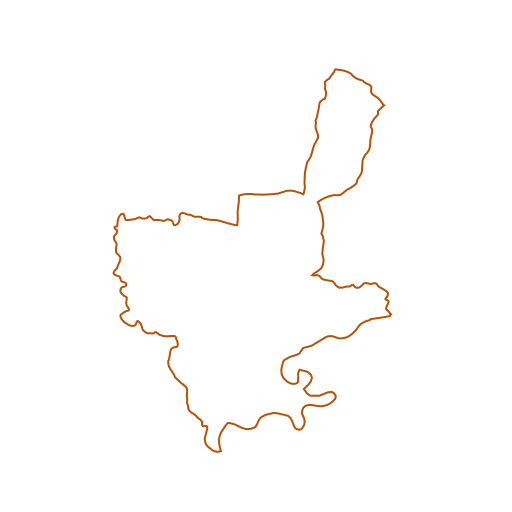 Tsendagang, Daga, Bhutan (Mercator projection), rotated 12°
{"feature_id": "84629894B97971916223830", "entity_name": "Tsendagang", "entity_type": "district", "adm_level": 2, "iso_a3": "BTN", "parent_name": "Bhutan", "parent_adm1": "Daga", "projection": "mercator", "projection_center": [89.946, 26.88], "detail": "fine", "context": "isolated", "style": "outline", "palette": "amber", "viewbox_px": 512, "rotation_deg": 12, "n_neighbors": 0, "source": "geoboundaries", "source_scale": "gbopen_adm2", "svg_char_len": 6119}
<svg xmlns="http://www.w3.org/2000/svg" viewBox="0 0 512 512"><g transform="rotate(12 256 256)"><path d="M400.3,285.2L396.8,282.4L394.6,281.1L394.0,279.8L395.1,274.5L395.2,273.2L394.8,272.4L393.8,272.0L392.3,271.8L391.6,271.3L391.8,269.7L392.7,268.6L393.1,267.6L392.9,265.5L392.6,264.5L391.1,263.5L389.0,262.6L387.1,261.9L383.6,260.9L381.8,260.1L380.4,258.7L379.4,258.1L377.6,257.9L373.7,259.6L370.4,259.5L368.3,259.8L367.1,260.5L365.9,262.7L364.6,264.2L363.3,265.5L361.4,266.1L360.2,266.1L358.8,265.4L357.0,264.0L355.9,264.3L355.0,265.4L353.5,266.5L351.9,266.8L349.7,267.6L347.6,268.8L343.5,269.7L340.0,268.0L338.7,266.6L336.9,265.2L335.9,264.8L332.9,264.8L331.4,265.0L326.1,264.9L324.7,264.2L322.8,262.8L321.7,262.2L319.7,261.9L317.3,263.0L315.0,263.1L316.2,261.2L319.9,257.6L322.4,254.3L323.3,250.4L323.0,245.8L320.4,240.2L319.6,233.3L319.4,227.9L318.8,226.1L317.5,223.3L315.2,220.0L315.5,217.7L315.5,213.5L315.2,210.5L312.2,202.0L310.7,199.4L308.9,196.7L307.7,193.7L305.2,190.5L308.0,187.5L312.2,184.2L316.3,181.7L319.7,180.2L325.9,178.9L331.1,172.4L334.0,170.0L336.9,167.1L338.9,164.5L339.3,162.7L339.3,160.0L341.0,155.9L341.7,153.7L342.0,151.0L340.5,141.1L340.6,138.8L341.8,134.5L343.2,132.1L344.2,129.8L344.7,127.6L344.7,125.1L343.7,117.8L343.8,111.8L343.7,109.5L342.8,107.4L341.6,106.0L341.1,104.7L341.3,103.1L341.7,100.8L343.1,97.1L345.7,92.8L345.8,91.1L345.1,89.3L345.3,88.5L350.0,82.0L349.0,81.7L346.6,79.2L342.4,76.1L337.2,74.1L335.5,73.0L334.3,71.3L333.7,66.7L332.9,65.8L330.8,64.8L328.2,64.4L325.7,63.5L324.3,62.4L317.5,61.6L313.1,59.6L311.0,58.0L308.0,57.0L305.0,56.6L302.0,56.4L298.6,56.7L295.1,56.8L294.6,57.4L294.2,58.5L294.2,59.6L292.4,63.2L290.6,67.5L288.6,69.3L287.1,71.6L287.9,74.3L288.4,75.1L288.7,77.8L288.9,78.6L290.4,80.9L290.7,81.8L290.9,83.6L291.0,85.4L290.6,88.1L289.1,88.8L286.9,91.7L286.5,92.5L286.4,93.4L286.7,100.6L286.6,103.4L286.8,107.0L286.1,111.5L287.1,113.6L287.0,115.4L287.7,118.5L291.5,124.8L292.1,127.3L289.8,135.6L289.4,139.5L289.2,144.0L288.8,147.7L286.6,153.6L286.4,159.8L286.6,164.9L288.2,174.2L289.6,178.9L289.7,183.4L289.5,185.8L286.9,185.2L280.0,184.6L276.2,184.8L272.4,185.9L264.5,190.4L257.8,192.5L249.5,194.7L242.1,196.0L238.2,196.4L234.0,197.3L230.4,198.6L226.9,200.4L228.0,207.3L228.8,216.5L230.6,224.1L231.2,229.7L229.3,230.1L222.9,229.9L211.3,229.0L209.0,229.2L203.8,230.1L197.1,230.4L195.1,229.9L194.2,229.2L191.1,229.6L189.3,230.1L187.5,230.4L183.4,229.4L181.5,229.6L179.5,229.5L175.5,229.0L174.2,229.7L173.3,230.6L172.9,231.6L172.9,233.1L173.1,234.6L173.7,236.2L173.6,238.2L172.7,240.8L171.7,241.9L170.5,242.8L169.3,242.8L166.9,239.3L166.1,238.9L162.2,238.4L161.1,238.9L160.0,240.0L158.4,240.9L156.2,241.0L155.4,240.8L152.3,241.1L149.0,242.1L147.9,241.8L144.4,239.4L143.5,239.2L142.8,239.7L141.1,241.7L139.2,242.6L136.9,243.0L134.2,242.4L133.3,242.7L129.3,245.4L122.2,247.8L121.1,247.8L120.1,246.6L118.1,242.7L116.6,242.4L115.5,243.1L114.3,245.0L113.6,247.3L113.5,251.0L114.1,255.7L112.3,256.6L111.7,257.3L112.2,258.5L114.6,259.6L115.0,260.5L114.9,262.8L113.0,266.5L113.5,268.6L114.4,270.1L116.9,272.6L117.3,274.0L117.6,279.0L118.4,281.4L118.9,282.1L120.4,282.9L123.1,284.9L123.7,286.1L123.9,286.9L123.8,289.8L122.8,294.4L122.8,296.3L120.7,300.1L120.2,301.8L120.5,302.8L121.4,303.6L123.4,304.1L125.8,304.3L127.2,304.9L127.9,306.0L128.7,307.7L129.7,308.7L130.5,309.0L133.4,309.2L134.5,309.8L134.9,310.5L135.0,311.6L134.7,312.4L133.7,313.3L131.4,314.4L130.8,315.2L130.5,316.3L130.6,318.4L131.3,319.9L133.1,321.1L134.9,322.3L137.6,323.1L138.3,323.8L138.5,324.9L138.6,327.9L139.0,329.4L139.7,331.0L141.7,333.3L142.5,333.8L142.8,334.5L142.7,335.8L140.0,337.3L137.2,340.0L135.8,341.8L135.9,342.7L136.3,344.0L137.3,345.3L138.8,346.6L141.4,348.3L144.2,349.4L146.6,350.1L149.2,350.1L150.5,349.9L151.7,349.3L152.5,348.1L153.4,344.4L154.2,344.2L156.2,345.4L157.6,346.7L158.7,348.2L160.3,351.5L161.6,352.5L163.4,353.4L166.0,354.2L168.8,353.5L171.0,353.4L172.2,352.7L173.0,351.6L173.9,351.3L175.1,351.7L178.2,353.2L182.2,353.5L184.4,353.3L192.2,351.3L193.7,351.4L194.5,352.1L195.5,354.2L197.1,356.4L198.1,359.3L197.8,361.1L193.6,363.0L192.5,364.4L192.2,365.2L192.1,367.0L192.4,374.3L192.0,377.8L193.6,381.9L195.9,384.6L200.2,388.8L201.9,391.2L202.7,391.9L209.5,396.0L211.3,396.7L212.0,397.2L214.5,398.5L216.0,400.1L216.7,401.9L217.4,407.4L218.4,410.0L218.8,411.7L218.8,413.8L220.1,415.4L221.7,419.9L222.9,421.2L225.2,422.6L227.0,423.1L230.3,424.6L233.2,426.7L233.9,427.1L234.7,427.1L237.0,428.6L237.6,429.3L238.0,430.1L238.1,431.9L238.5,432.7L239.1,433.3L240.0,433.5L242.5,432.6L243.4,432.9L244.0,433.6L244.2,435.3L243.8,445.1L244.6,447.6L245.4,449.3L247.0,451.4L249.4,452.9L254.3,455.3L256.2,455.6L258.9,455.6L262.3,454.2L260.1,449.9L258.3,445.2L257.9,443.3L257.9,440.3L258.1,438.3L258.7,435.4L261.6,428.0L263.0,425.4L264.9,424.9L269.9,425.1L278.6,427.1L281.5,427.3L283.5,427.2L287.2,425.9L289.8,424.3L290.5,423.7L291.1,422.9L292.1,420.1L292.6,417.1L293.2,415.2L294.0,413.4L294.6,412.6L296.1,411.3L299.3,408.9L306.5,405.6L309.5,405.4L320.4,405.6L323.0,407.0L323.7,407.6L325.6,410.0L329.5,415.7L330.3,416.3L332.2,416.9L334.2,417.0L336.0,416.2L336.7,415.6L338.1,411.8L338.2,410.9L338.1,407.9L337.0,405.1L333.5,400.2L333.3,399.3L333.6,395.3L334.5,393.6L335.8,392.1L339.4,390.4L349.9,389.7L352.8,388.9L354.5,387.9L355.4,387.7L358.8,385.2L361.6,381.7L363.2,379.2L363.2,376.4L360.7,373.9L358.2,373.2L354.5,374.5L347.0,379.5L338.2,381.4L334.8,380.1L330.4,376.1L333.8,371.3L335.7,367.3L336.0,363.5L334.4,360.7L330.1,358.5L322.4,358.2L321.6,361.1L321.8,363.0L322.5,365.9L323.2,370.0L323.1,370.9L322.7,371.7L320.9,372.8L319.0,373.4L316.0,373.4L313.1,372.6L310.5,371.2L308.1,369.4L306.2,367.1L305.3,365.3L304.5,362.4L304.3,359.4L304.5,354.4L305.0,352.5L305.6,351.7L310.1,347.7L316.1,344.3L318.5,342.5L319.0,341.7L320.9,337.0L321.4,336.2L322.2,335.6L326.7,333.5L329.2,332.0L341.6,320.5L343.3,319.5L346.2,318.7L348.2,318.6L353.1,319.3L355.1,319.2L358.0,318.4L361.5,316.7L363.9,314.8L366.5,311.8L369.2,307.6L371.6,302.1L372.8,300.6L375.0,298.5L377.4,296.7L380.6,295.1L381.2,293.9L389.8,290.8L399.2,287.1L399.5,285.8L400.3,285.2Z" fill="none" stroke="#b45309" stroke-width="2"/></g></svg>